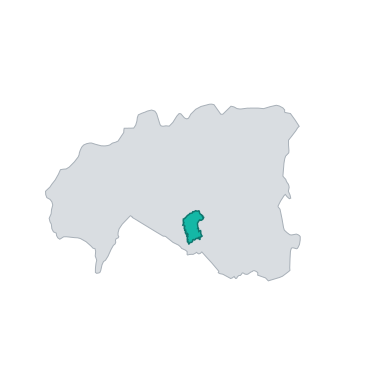 Zoundweogo, Zoundwéogo, Burkina Faso shown in context, rotated 32°
{"feature_id": "67063806B75605811528327", "entity_name": "Zoundweogo", "entity_type": "district", "adm_level": 2, "iso_a3": "BFA", "parent_name": "Burkina Faso", "parent_adm1": "Zoundwéogo", "projection": "equal_earth", "projection_center": [-0.952, 11.556], "detail": "fine", "context": "in_parent", "style": "filled", "palette": "teal", "viewbox_px": 384, "rotation_deg": 32, "n_neighbors": 0, "source": "geoboundaries", "source_scale": "gbopen_adm2", "svg_char_len": 7454}
<svg xmlns="http://www.w3.org/2000/svg" viewBox="0 0 384 384"><g transform="rotate(32 192 192)"><path d="M269.8,244.9L261.7,245.4L258.8,246.5L257.0,246.5L256.9,245.6L256.7,245.0L246.5,241.7L239.3,239.7L232.1,237.6L231.6,239.6L230.6,240.9L229.0,241.0L227.9,240.7L227.2,242.3L226.0,244.3L224.3,245.3L222.7,246.6L221.7,247.7L221.1,247.7L219.4,245.1L217.2,244.8L213.1,245.3L211.2,244.6L208.7,244.2L202.7,244.8L193.1,243.7L191.5,244.3L191.1,244.7L181.6,244.9L171.2,245.0L162.5,245.1L154.8,245.2L154.8,244.8L152.4,244.7L152.1,245.6L149.9,256.2L149.7,261.9L150.8,265.5L152.1,267.8L153.6,268.7L153.7,270.0L152.5,271.7L152.6,273.4L154.0,275.1L154.3,276.9L153.6,278.9L153.8,283.5L154.8,290.9L154.8,295.7L153.8,297.9L154.3,301.6L156.2,306.9L156.5,309.1L155.8,310.1L154.2,311.5L152.7,311.4L150.8,308.3L150.0,306.8L148.5,303.6L147.3,300.3L145.6,298.9L143.9,297.6L141.8,293.5L139.9,291.5L137.8,292.1L134.7,291.3L128.6,290.3L122.0,290.6L119.2,291.5L116.5,293.0L109.6,296.3L106.9,298.0L104.9,302.1L102.5,302.0L100.2,300.7L98.7,298.8L95.6,299.2L92.6,297.4L89.7,293.8L87.5,292.6L84.8,290.0L84.1,285.1L82.3,281.6L80.8,276.8L78.4,274.6L75.6,273.5L71.9,273.7L69.4,271.8L67.4,269.0L68.0,266.5L68.9,263.1L69.0,259.7L69.6,254.3L69.3,247.6L68.6,242.8L70.7,240.9L73.1,239.1L74.7,235.9L76.3,228.7L76.9,222.5L76.5,220.2L75.7,218.4L75.1,215.7L74.7,212.4L75.2,209.6L77.0,206.9L79.3,204.7L80.9,203.7L85.2,202.6L90.6,200.9L93.7,199.1L96.0,197.2L97.3,195.7L98.6,192.7L100.7,190.4L102.3,188.0L102.5,181.4L102.6,177.7L101.4,175.6L100.7,173.9L108.7,168.7L108.8,165.1L107.7,161.1L106.2,157.8L105.6,155.0L107.8,151.7L109.8,149.2L111.2,147.1L114.3,143.9L117.6,143.1L120.5,144.3L129.2,151.8L130.7,152.3L132.5,151.7L134.8,149.7L137.8,148.2L138.9,143.1L138.9,135.7L139.5,132.3L141.1,131.6L146.1,133.1L147.4,133.1L148.9,132.7L149.9,131.4L149.9,129.0L149.7,126.8L151.3,119.9L154.3,114.7L160.3,108.3L162.2,107.0L164.4,106.3L175.2,110.8L176.9,109.7L179.6,98.6L182.5,97.6L186.0,97.4L188.3,96.4L189.5,95.7L194.6,91.5L203.6,85.8L208.5,83.4L209.4,82.4L212.9,78.4L217.5,73.8L220.4,72.8L224.5,72.5L227.1,73.3L227.8,74.6L228.6,75.3L233.9,73.3L241.5,76.4L248.1,79.5L247.6,81.5L247.6,84.9L247.1,90.4L246.4,96.9L249.1,101.2L252.4,105.7L253.3,107.5L252.4,112.0L253.0,114.6L254.8,119.0L257.7,124.6L260.7,130.4L262.8,131.1L264.8,131.6L266.0,132.6L267.7,133.6L269.5,134.3L271.0,135.5L272.0,136.7L273.3,140.3L276.7,142.6L279.0,144.9L278.1,146.1L275.1,145.6L272.4,144.6L272.0,146.3L271.9,152.8L272.4,158.3L273.0,159.0L275.8,160.0L282.5,167.0L288.5,173.7L290.5,175.4L293.9,176.1L297.6,176.4L299.2,175.7L302.8,172.4L304.7,172.0L306.5,172.1L307.5,172.6L309.2,175.4L310.9,179.5L311.3,182.6L311.2,184.2L310.6,184.8L307.7,185.6L306.4,186.3L306.1,187.2L306.6,189.2L307.1,190.5L310.4,196.5L315.1,204.6L316.6,206.6L315.8,209.1L313.4,215.4L311.6,218.0L303.8,226.9L299.9,225.9L291.8,227.7L290.6,225.6L288.7,225.3L286.4,225.7L285.5,226.5L285.3,227.4L284.4,228.6L282.9,232.1L281.8,233.0L280.3,233.6L278.6,233.5L277.5,234.0L277.5,235.7L277.2,237.2L276.0,238.0L275.5,239.7L275.6,241.4L274.9,242.2L273.4,241.8L272.5,241.3L271.7,243.5L270.6,244.9L269.8,244.9Z" fill="#d9dde1" stroke="#a8b0b8" stroke-width="1"/><path d="M200.2,221.4L200.3,221.6L200.5,221.7L200.6,221.9L200.6,222.0L200.8,222.2L201.0,222.2L200.9,222.4L200.9,222.5L201.1,222.7L201.3,222.8L201.3,223.0L201.5,223.1L201.5,223.4L201.7,223.6L201.7,223.8L201.6,224.0L201.6,224.3L201.7,224.6L201.8,224.4L201.8,224.5L202.0,224.7L202.4,224.5L202.6,224.4L202.8,224.5L203.1,224.6L203.3,224.8L203.5,225.0L203.8,224.9L204.0,224.8L204.1,225.1L203.9,225.7L204.1,226.0L204.4,226.1L204.6,226.3L204.7,226.6L204.7,226.9L204.7,227.0L204.8,227.1L205.0,227.1L205.3,227.1L205.6,227.5L205.7,227.9L205.9,228.1L206.1,228.2L206.1,228.4L206.2,228.5L206.4,228.4L206.4,228.1L206.6,227.9L206.9,227.7L207.1,227.6L207.3,227.6L207.2,227.6L207.2,227.8L207.1,228.1L207.2,228.3L207.3,228.7L207.4,228.8L207.7,228.9L207.8,228.9L207.8,229.3L207.7,229.5L207.8,229.8L208.0,229.8L208.3,230.0L208.4,230.3L208.8,230.2L209.4,230.8L209.5,230.7L209.6,230.2L209.5,229.9L209.7,229.6L210.0,229.6L210.3,229.7L210.5,229.8L211.0,230.0L211.1,230.4L211.2,230.7L211.3,231.0L211.2,231.3L211.0,231.5L210.9,231.3L210.7,231.3L210.8,231.4L210.8,231.5L210.7,231.8L210.7,232.1L210.8,232.2L211.1,232.4L211.4,232.4L211.6,232.5L211.6,232.4L211.8,232.2L212.0,232.1L212.0,232.3L212.1,232.6L212.1,232.8L212.2,233.0L212.3,233.4L212.5,233.5L212.7,233.8L212.7,234.0L212.8,234.2L212.9,234.3L213.0,234.5L213.3,234.6L213.5,234.6L213.4,234.8L213.4,235.0L213.5,235.0L213.7,235.4L213.9,235.7L214.0,235.8L214.3,235.8L214.3,236.0L214.3,236.4L214.4,236.5L214.5,236.4L214.7,235.9L214.8,235.9L214.9,236.1L215.2,236.4L215.2,236.7L215.3,236.7L215.5,236.7L215.6,236.8L215.9,237.0L216.0,237.1L216.3,237.2L216.4,237.3L216.5,237.4L216.5,237.6L216.7,237.8L216.8,237.8L216.9,237.7L217.0,237.6L216.9,237.4L216.9,237.2L216.9,236.9L217.0,236.9L217.0,236.6L217.0,236.4L217.1,235.9L217.3,235.9L217.7,235.4L217.8,235.3L218.1,235.1L218.3,234.8L218.4,234.4L218.5,234.3L218.6,234.1L218.6,233.8L218.5,233.3L218.4,233.0L218.1,232.7L218.0,232.3L218.2,232.0L218.3,231.9L218.4,231.7L218.5,231.5L218.9,231.4L219.2,231.5L219.4,231.4L219.5,231.4L219.7,231.1L219.9,230.5L219.9,230.3L219.8,229.9L219.8,229.7L220.1,229.3L220.3,229.0L220.5,229.0L220.9,228.9L221.2,228.6L221.3,228.5L221.4,228.4L221.5,228.1L221.4,227.6L221.5,227.2L221.8,227.0L222.1,227.1L222.3,227.3L222.4,227.5L222.5,227.6L222.5,227.8L222.8,228.0L223.1,228.2L223.3,228.2L223.6,228.2L223.8,228.0L223.8,227.7L223.5,227.7L223.3,227.7L223.2,227.2L223.2,226.9L223.0,226.5L222.8,226.2L222.7,226.0L222.9,225.7L223.2,225.3L223.2,225.2L223.4,225.0L223.5,225.1L223.9,224.3L223.9,224.1L223.6,224.2L223.1,223.8L222.8,223.7L222.7,223.4L222.3,223.2L222.2,223.1L221.8,222.7L221.5,222.6L221.2,222.4L221.0,222.1L220.9,221.7L220.6,221.2L220.2,220.7L219.7,220.2L219.3,220.5L219.1,220.9L219.0,221.3L218.8,221.7L218.7,221.5L218.4,221.6L218.2,221.3L217.9,220.9L217.3,220.4L217.2,220.2L217.2,219.9L217.1,219.7L216.8,219.6L216.7,219.5L216.6,219.4L216.5,219.5L216.4,219.5L216.3,219.4L216.2,219.5L216.2,219.3L216.1,219.2L215.9,219.0L215.6,218.8L214.9,217.9L214.7,217.6L213.9,216.7L213.1,215.4L213.2,211.7L213.3,211.6L213.5,211.5L213.9,211.6L214.2,211.3L214.6,211.3L214.8,211.1L214.9,210.9L215.5,209.7L215.5,209.4L215.6,209.2L215.6,208.8L215.7,208.7L215.6,208.8L215.6,208.7L215.3,208.5L215.3,208.3L215.3,208.2L215.5,207.7L215.4,207.4L215.2,207.3L215.0,207.1L214.9,207.1L214.7,207.2L214.7,207.4L214.3,207.5L214.2,207.4L213.9,207.3L213.6,207.0L213.4,206.8L213.4,206.6L213.1,206.7L212.9,206.7L212.7,206.5L212.4,206.3L212.2,206.3L212.1,206.2L211.6,206.3L211.1,206.4L210.5,206.2L209.9,206.0L209.6,205.8L208.9,205.1L208.7,204.8L208.5,204.6L208.3,204.5L208.2,204.4L207.9,204.3L207.7,204.4L207.6,204.5L207.4,204.8L207.3,205.0L207.2,205.1L206.7,205.3L206.5,205.5L206.3,205.6L206.0,205.8L205.7,205.8L205.4,205.8L205.2,205.8L205.0,206.0L204.8,206.4L204.6,206.8L204.4,207.2L204.0,207.8L203.8,207.9L203.3,208.1L203.2,208.2L203.1,208.3L203.1,208.7L203.2,208.9L203.3,209.3L203.3,209.6L203.2,209.7L203.0,210.0L202.3,210.6L202.2,210.8L202.1,211.0L201.6,211.3L201.4,212.5L201.3,212.9L201.2,213.2L200.9,213.6L200.7,214.0L200.6,214.4L200.5,214.8L200.3,215.8L200.3,216.2L200.3,216.5L200.1,217.0L200.1,217.7L199.8,218.0L199.7,218.2L199.6,218.3L199.6,218.5L199.6,218.8L199.5,219.0L199.3,219.2L199.3,219.4L199.1,219.5L199.4,219.9L199.5,220.2L199.4,220.4L199.7,220.7L199.8,221.0L200.1,221.4L200.2,221.4Z" fill="#14b8a6" stroke="#0f766e" stroke-width="1.5"/></g></svg>